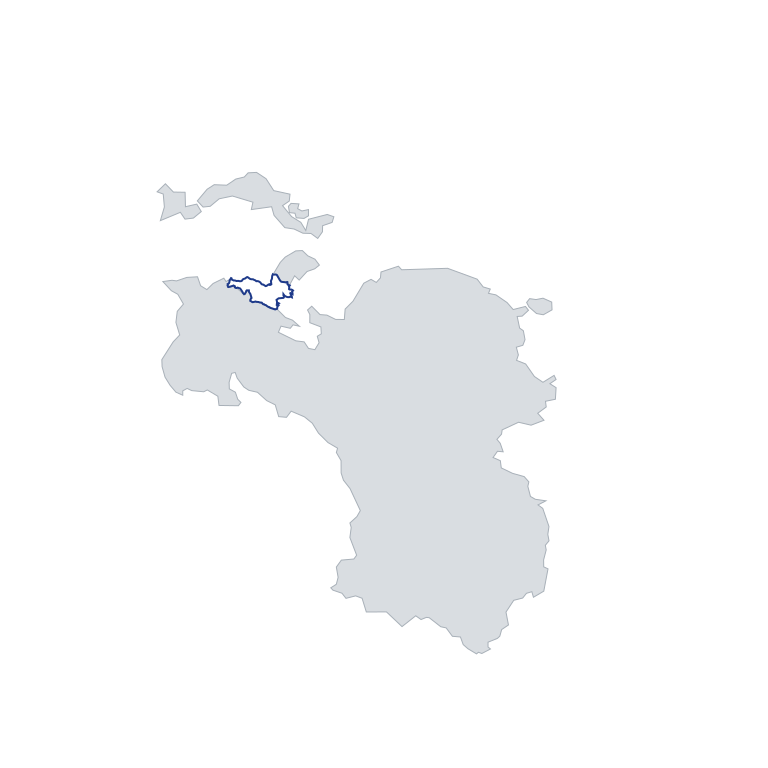 North Korea shown with its bordering countries, rotated 240°
{"feature_id": "PRK", "entity_name": "North Korea", "entity_type": "country or territory", "adm_level": 0, "iso_a3": "PRK", "parent_name": "Asia", "parent_adm1": "", "projection": "equal_earth", "projection_center": [127.346, 40.359], "detail": "medium", "context": "with_neighbors", "style": "outline", "palette": "blue", "viewbox_px": 768, "rotation_deg": 240, "n_neighbors": 3, "source": "natural_earth", "source_scale": "50m", "svg_char_len": 5696}
<svg xmlns="http://www.w3.org/2000/svg" viewBox="0 0 768 768"><g transform="rotate(240 384 384)"><path d="M516.9,351.6L521.0,351.1L524.1,346.3L533.1,345.1L534.3,342.6L541.2,355.0L543.3,361.9L543.4,374.1L540.4,380.0L533.1,382.1L526.6,386.6L519.3,387.5L518.4,381.6L519.9,373.6L516.4,362.5L522.4,360.7L516.9,351.6Z" fill="#d9dde1" stroke="#a8b0b8" stroke-width="1"/><path d="M371.1,570.2L364.2,566.6L364.3,556.6L368.8,551.3L378.3,548.1L383.3,548.3L385.1,552.8L381.1,557.9L378.8,564.6L371.1,570.2ZM160.7,304.0L161.5,298.3L167.4,295.6L164.9,278.3L185.4,272.2L195.4,254.7L209.4,257.9L214.7,253.5L217.4,243.9L223.8,243.0L231.0,236.7L234.1,236.0L234.4,242.6L239.5,247.6L249.3,251.2L252.8,259.0L247.5,270.4L249.4,274.7L268.1,277.7L276.2,283.9L280.7,285.0L282.7,294.2L286.2,300.2L310.4,302.3L321.0,300.8L328.4,302.4L339.1,308.5L348.5,308.5L351.6,311.7L361.3,306.2L374.2,302.7L385.9,302.3L395.3,298.7L406.9,290.0L403.9,282.9L408.4,276.5L420.3,279.4L428.3,274.1L440.1,270.3L446.1,263.8L451.5,261.1L462.5,259.8L468.4,260.9L469.4,257.4L462.9,250.7L457.1,247.6L451.2,251.2L443.9,249.7L439.6,250.9L438.0,247.0L447.9,230.4L456.5,234.0L467.2,228.0L467.4,224.0L474.4,214.2L478.6,211.3L478.7,206.3L474.9,204.1L481.0,199.7L489.9,198.1L499.4,197.8L510.0,200.5L516.2,203.8L525.9,222.5L528.6,231.6L541.4,234.6L550.3,241.3L553.5,250.3L564.8,250.3L571.1,246.5L583.3,243.7L579.8,252.3L577.0,255.9L574.9,266.5L570.1,276.1L560.8,274.3L554.3,277.8L556.5,286.3L555.7,298.2L551.7,298.4L551.8,303.6L546.8,297.6L543.7,303.3L531.8,307.6L533.0,313.0L526.3,312.6L522.6,309.4L517.2,316.7L508.5,322.2L502.0,328.9L490.9,331.9L485.0,336.7L476.3,339.6L480.7,334.8L479.1,330.7L485.6,323.7L481.6,318.4L465.5,329.2L460.4,335.9L452.6,336.4L448.3,341.3L452.2,348.4L458.7,350.1L458.8,354.8L465.0,357.9L474.2,350.4L481.2,354.5L486.3,354.8L487.5,360.3L476.1,363.3L472.2,369.0L464.1,374.4L459.7,381.9L468.3,387.8L471.2,398.5L481.4,416.9L481.1,425.1L475.8,428.1L477.7,434.0L482.5,437.4L478.8,455.4L474.1,456.4L452.4,496.9L428.2,517.1L418.5,518.4L413.1,523.5L410.3,519.8L405.2,525.5L393.0,531.3L383.9,533.1L380.4,545.3L375.6,546.0L373.7,537.6L375.9,533.1L364.6,529.4L360.4,531.3L351.9,528.3L348.1,523.6L349.7,517.0L342.0,514.9L338.2,510.6L330.5,516.7L315.3,518.0L306.0,522.5L306.4,535.6L301.9,535.3L301.3,527.8L294.8,531.2L285.1,524.8L288.3,515.2L283.0,513.0L281.8,502.5L272.6,504.4L274.8,490.8L283.6,481.4L285.2,463.4L281.8,460.7L279.6,454.1L274.6,455.0L265.7,453.3L269.0,448.6L265.8,441.7L259.4,446.4L252.7,443.6L242.3,450.7L233.7,459.1L226.8,460.5L223.5,457.4L213.4,454.6L208.5,457.4L201.9,465.8L202.3,456.9L196.9,459.3L178.1,455.6L171.9,450.7L165.7,448.5L163.7,443.1L159.2,441.5L151.9,434.3L145.8,430.9L141.9,433.6L124.7,418.8L124.6,406.8L130.2,408.2L131.5,402.7L129.3,397.1L131.8,388.2L125.5,375.6L113.1,371.3L112.5,363.1L107.7,358.2L107.0,355.1L108.4,345.0L104.2,342.6L101.3,343.7L101.7,334.0L104.5,331.6L104.0,329.2L112.8,324.3L118.7,322.3L126.7,323.7L131.3,317.1L141.7,315.9L145.4,311.8L159.0,306.3L160.7,304.0Z" fill="#d9dde1" stroke="#a8b0b8" stroke-width="1"/><path d="M641.5,336.6L634.8,347.2L635.6,358.1L633.1,366.5L634.8,371.9L631.0,379.4L620.8,384.5L606.6,385.2L595.4,397.5L589.8,393.4L589.2,385.3L575.1,387.7L565.6,392.8L556.0,393.0L564.4,401.0L559.2,419.6L553.9,424.2L549.9,419.9L551.8,410.0L546.6,406.8L543.2,399.4L550.9,396.0L555.1,389.2L563.2,383.6L569.0,376.3L585.0,373.1L593.7,375.3L601.4,356.3L607.0,361.4L622.6,346.7L626.8,333.9L624.8,322.3L627.7,315.8L635.9,313.9L641.1,328.2L641.5,336.6ZM658.9,287.8L663.9,283.6L666.7,294.8L655.5,297.6L649.5,307.6L636.8,300.7L633.4,311.8L624.7,312.0L623.0,301.9L626.3,294.1L634.5,293.5L637.3,272.0L647.1,282.3L658.9,287.8ZM567.4,397.5L571.8,391.1L576.4,392.3L579.7,387.8L585.7,390.1L586.9,393.8L582.5,400.4L579.0,396.9L574.9,399.4L572.8,405.8L567.4,402.7L567.4,397.5Z" fill="#d9dde1" stroke="#a8b0b8" stroke-width="1"/><path d="M534.5,342.5L534.2,342.6L532.8,345.2L531.8,345.8L525.9,345.7L524.2,346.0L523.6,346.5L521.6,349.2L520.9,349.9L520.8,351.1L520.6,351.3L518.5,350.3L517.2,350.8L516.8,351.5L516.5,351.7L515.9,350.4L515.1,350.3L513.7,349.2L513.1,349.4L512.2,350.9L511.1,351.8L510.4,351.9L510.4,351.7L510.0,350.6L508.4,350.2L507.5,349.7L509.5,348.4L509.2,348.1L507.5,348.2L506.8,347.8L505.8,347.9L505.1,347.6L506.6,346.5L506.6,345.4L507.4,344.0L508.2,343.2L510.1,342.0L512.0,341.8L511.0,341.2L510.0,341.2L509.0,340.5L508.9,339.9L510.9,335.5L510.6,333.0L508.5,332.4L506.0,330.6L505.7,330.8L505.6,331.7L504.9,332.1L504.3,330.3L502.6,329.1L503.0,327.0L507.0,323.4L507.8,323.3L508.1,322.7L508.4,322.5L510.3,321.5L511.1,321.3L512.5,320.1L512.9,320.1L513.6,319.2L515.6,318.8L516.9,317.0L517.7,316.4L519.0,314.5L519.6,314.1L520.5,311.2L521.4,310.5L521.9,310.4L522.8,309.8L523.6,310.2L524.6,311.6L524.6,312.1L525.0,312.4L528.9,313.3L530.8,313.1L531.5,313.2L532.6,313.8L533.7,312.0L533.6,311.6L533.4,311.1L532.8,310.6L531.6,308.6L531.7,307.7L533.8,307.3L534.7,307.5L538.6,307.2L540.7,305.4L540.8,304.4L541.6,303.4L542.4,303.2L543.2,303.7L543.5,303.6L543.8,303.2L544.5,303.0L545.1,299.7L545.7,297.8L546.0,297.5L547.0,297.8L547.4,297.7L548.0,298.3L548.7,298.5L548.7,300.0L549.6,301.2L550.7,301.8L552.2,304.5L551.8,304.8L550.4,304.5L548.7,305.7L548.3,306.6L547.0,307.7L546.0,309.6L545.1,310.5L544.5,311.7L544.5,312.7L545.1,313.8L545.2,314.7L544.8,316.5L545.1,318.5L544.8,319.3L541.9,320.6L541.2,321.3L540.1,323.0L538.9,323.7L538.1,324.4L536.9,324.8L536.2,326.1L535.5,326.8L533.8,327.7L532.3,327.8L531.2,328.2L530.4,329.2L528.0,330.4L527.7,331.3L527.9,333.7L527.7,334.6L527.2,334.3L526.9,334.6L526.6,335.4L526.7,336.3L529.8,337.6L531.2,339.6L533.5,341.2L534.5,342.5ZM507.0,332.9L506.5,333.2L506.5,332.7L506.9,332.2L507.2,332.2L507.0,332.9Z" fill="none" stroke="#1e3a8a" stroke-width="2"/></g></svg>